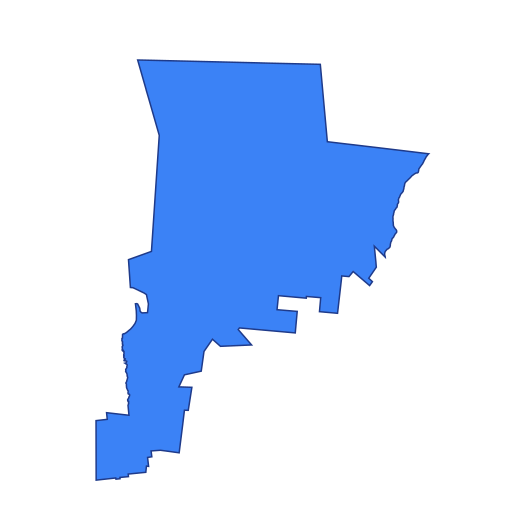 outline of Ojo de agua, Santiago del Estero, Argentina, rotated 84°
{"feature_id": "61730980B49758081905530", "entity_name": "Ojo de agua", "entity_type": "district", "adm_level": 2, "iso_a3": "ARG", "parent_name": "Argentina", "parent_adm1": "Santiago del Estero", "projection": "mercator", "projection_center": [-63.775, -29.267], "detail": "fine", "context": "isolated", "style": "filled", "palette": "blue", "viewbox_px": 512, "rotation_deg": 84, "n_neighbors": 0, "source": "geoboundaries", "source_scale": "gbopen_adm2", "svg_char_len": 5305}
<svg xmlns="http://www.w3.org/2000/svg" viewBox="0 0 512 512"><g transform="rotate(84 256 256)"><path d="M48.7,353.2L78.3,348.0L79.8,347.8L88.5,346.2L125.9,339.6L240.5,359.5L246.3,383.2L274.2,384.2L274.7,381.6L281.1,371.2L282.9,369.0L292.4,368.0L301.0,369.8L300.7,375.2L300.0,376.2L298.7,377.0L295.7,377.1L291.4,378.7L290.9,379.5L290.9,380.9L298.0,380.8L302.6,381.1L307.4,381.7L310.5,383.4L313.3,385.9L314.7,387.4L315.8,388.7L316.4,389.7L317.1,390.7L318.2,392.3L318.9,393.5L319.2,394.3L319.6,395.1L319.5,396.0L320.0,396.9L323.7,397.4L323.8,397.7L324.1,397.8L324.2,398.0L324.7,398.0L325.0,398.0L325.4,398.1L325.8,398.2L326.4,398.2L326.6,398.1L326.8,397.9L327.1,397.7L327.6,397.9L327.9,397.9L328.3,397.8L328.6,397.7L328.8,397.9L329.0,398.0L329.4,398.1L329.5,398.1L329.8,398.0L330.0,398.0L330.3,397.8L330.6,397.6L330.8,397.6L331.0,398.0L331.3,398.1L331.5,398.1L331.8,398.2L332.0,398.3L332.1,398.5L332.3,398.5L332.6,398.7L332.9,398.6L333.3,398.5L333.6,398.5L333.9,398.5L334.3,398.7L334.7,398.8L334.8,398.8L335.2,398.9L335.5,399.0L335.8,398.9L336.0,398.8L336.4,398.6L336.4,398.3L336.3,398.1L336.2,398.1L336.1,397.9L336.3,397.9L336.6,398.0L336.8,397.9L336.8,397.7L337.0,397.3L337.5,397.3L337.8,397.4L338.2,397.5L338.4,397.4L338.7,397.4L338.8,397.4L339.2,397.5L339.5,397.5L339.9,397.6L340.0,397.8L340.4,397.9L340.9,397.9L341.1,397.7L341.3,397.9L341.5,398.0L341.8,398.0L342.1,397.8L342.3,397.9L342.8,398.1L343.5,398.0L343.8,397.7L344.5,397.5L344.7,396.9L344.7,396.7L344.8,396.7L344.9,396.8L345.0,397.1L345.2,397.4L345.3,397.5L345.5,397.9L345.7,398.0L345.9,398.2L346.1,398.2L346.4,398.1L346.5,397.8L346.5,397.7L346.4,397.4L346.4,397.2L346.5,396.9L346.7,396.6L346.9,396.4L347.0,396.0L347.0,395.8L347.1,395.6L347.5,395.6L347.6,395.9L347.9,395.9L348.4,396.1L348.6,396.4L348.8,396.8L348.9,397.5L349.2,397.1L349.5,396.9L349.9,396.3L350.2,395.8L350.8,395.5L351.4,395.6L352.3,396.0L353.2,396.0L354.3,396.7L354.8,397.1L355.0,397.4L355.4,397.5L355.7,397.5L356.8,397.4L357.1,397.7L357.6,397.5L358.3,397.3L358.5,397.0L359.3,396.8L360.0,396.6L361.1,396.6L361.3,396.5L361.7,396.7L362.0,396.7L362.4,396.5L362.8,396.4L363.5,396.3L364.2,396.6L364.8,396.8L365.4,397.0L366.1,397.4L366.8,397.6L367.4,397.8L368.1,398.3L368.7,398.7L369.1,398.6L369.7,398.3L370.7,398.3L371.7,398.5L372.3,398.4L373.3,398.5L374.5,398.2L375.2,397.9L376.1,397.7L376.5,397.3L376.8,397.3L377.3,397.3L377.5,397.3L377.9,397.4L378.2,397.5L378.6,397.6L379.3,397.6L379.8,397.5L379.9,397.4L380.0,397.1L380.1,396.9L380.2,396.5L380.4,396.3L380.7,396.2L381.6,396.3L382.1,396.5L382.6,396.8L383.0,397.2L383.3,397.3L383.5,397.3L384.1,397.6L384.4,397.8L384.5,397.9L384.8,398.1L384.9,398.3L385.1,398.4L385.2,398.5L385.6,398.7L386.0,398.7L386.5,398.7L386.8,398.7L387.0,398.5L387.0,398.2L387.2,397.9L387.4,397.9L387.6,398.0L387.8,398.1L388.3,398.0L388.6,398.1L388.8,398.2L389.1,398.1L389.4,398.1L389.5,398.2L389.7,398.3L390.0,398.4L390.3,398.5L390.5,398.6L391.1,398.9L401.1,399.0L396.2,421.0L402.9,421.0L403.0,432.3L462.2,438.4L462.1,418.7L463.3,418.6L463.3,414.5L462.0,414.5L462.1,405.9L459.5,405.9L459.6,388.2L453.5,386.9L454.0,384.8L445.0,384.9L444.8,380.6L438.9,380.7L439.2,371.4L440.9,364.3L443.7,353.0L415.5,346.4L401.9,343.3L402.4,339.5L379.9,333.5L378.1,346.4L366.7,339.6L364.8,322.5L345.5,317.7L334.2,308.0L342.1,300.8L344.0,269.7L327.3,281.4L325.8,280.0L336.6,225.0L315.4,220.8L311.6,240.7L297.8,237.8L303.2,210.4L301.5,210.1L304.2,196.0L318.0,198.7L321.5,180.9L288.7,173.6L284.8,172.8L286.2,165.7L281.6,161.0L297.3,146.1L293.7,142.9L289.9,146.2L279.7,137.5L278.0,137.5L274.6,137.4L258.6,137.3L270.6,127.6L270.1,127.6L269.0,127.8L268.4,127.9L267.1,127.8L266.1,127.5L265.0,127.0L264.1,126.1L262.9,124.8L262.6,123.7L261.9,122.8L261.4,122.1L260.7,121.7L259.5,121.3L258.5,121.2L257.7,120.9L256.6,120.6L256.1,120.3L255.3,119.7L254.3,119.3L253.4,119.0L252.7,118.6L252.6,118.3L252.0,117.7L251.6,117.2L251.1,116.9L250.4,116.5L249.6,115.9L249.0,115.6L248.6,115.2L248.2,114.7L247.4,114.0L247.0,113.6L246.2,113.5L245.5,113.5L244.7,113.8L244.2,114.1L243.6,114.6L242.7,115.1L242.2,115.4L241.3,115.8L240.6,116.0L240.0,116.2L239.6,116.2L239.0,116.1L237.8,116.1L236.7,116.0L236.1,116.1L235.2,116.1L234.4,116.0L232.8,115.8L231.5,115.8L230.2,115.4L229.3,114.9L228.1,114.7L227.3,114.3L226.2,114.0L225.4,113.7L224.8,113.2L224.3,112.6L223.9,112.3L223.1,111.8L222.7,111.3L222.5,110.9L221.9,110.6L221.3,110.4L220.7,110.2L220.2,110.1L219.9,110.1L219.2,109.9L218.7,109.4L217.8,108.7L217.0,108.5L216.3,108.5L215.7,108.5L215.1,108.6L214.5,108.3L213.7,108.0L213.0,107.7L212.5,107.1L211.7,106.8L211.1,106.4L209.9,105.8L209.2,105.1L208.4,104.2L207.7,103.5L207.0,102.9L205.8,102.5L204.7,102.0L203.4,101.7L202.6,101.5L201.9,101.1L200.7,100.8L199.6,100.5L198.8,100.0L198.3,99.6L197.8,99.0L197.3,98.3L196.7,97.5L196.2,96.9L195.7,96.4L195.2,95.6L194.8,95.1L194.2,94.4L193.5,93.6L192.4,92.4L191.9,91.4L191.2,90.3L190.7,89.3L190.4,88.6L190.2,87.9L190.2,87.3L190.2,86.6L189.8,86.0L189.0,85.6L188.4,85.5L187.7,85.2L187.0,85.1L186.2,84.8L185.6,84.2L184.4,83.2L183.5,82.4L182.5,81.5L181.6,80.6L180.7,80.1L179.9,79.5L178.6,78.8L177.1,77.7L176.0,76.9L175.0,76.3L174.2,75.4L173.5,74.8L172.7,74.0L172.4,73.6L169.2,87.5L166.0,101.5L161.0,123.5L158.5,134.6L156.0,145.6L153.7,155.9L149.8,173.1L72.1,172.0L65.6,222.7L63.5,238.6L50.5,339.1L48.7,353.2Z" fill="#3b82f6" stroke="#1e3a8a" stroke-width="1.5"/></g></svg>